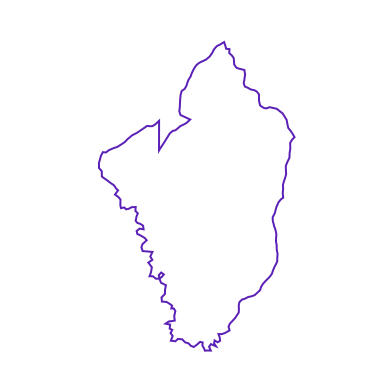 Guatapará, São Paulo, Brazil, rotated 11°
{"feature_id": "56859067B57528350924553", "entity_name": "Guatapará", "entity_type": "district", "adm_level": 2, "iso_a3": "BRA", "parent_name": "Brazil", "parent_adm1": "São Paulo", "projection": "natural_earth1", "projection_center": [-47.986, -21.451], "detail": "fine", "context": "isolated", "style": "outline", "palette": "violet", "viewbox_px": 384, "rotation_deg": 11, "n_neighbors": 0, "source": "geoboundaries", "source_scale": "gbopen_adm2", "svg_char_len": 3089}
<svg xmlns="http://www.w3.org/2000/svg" viewBox="0 0 384 384"><g transform="rotate(11 192 192)"><path d="M272.8,107.4L271.1,103.1L268.6,100.4L265.9,97.5L262.8,96.0L259.4,94.2L254.9,94.0L251.8,94.0L249.0,95.8L246.4,95.8L242.4,94.1L240.4,89.8L239.1,83.4L236.5,81.1L234.0,80.2L230.0,80.1L226.8,79.0L223.8,78.4L222.0,75.4L222.0,71.9L221.7,66.4L220.1,62.2L214.9,62.0L211.9,61.5L209.1,58.8L208.2,55.3L207.3,52.4L205.0,50.3L202.1,48.6L201.5,44.6L198.2,44.9L196.8,42.0L194.9,38.7L191.3,42.0L188.5,44.1L186.4,47.7L185.4,51.4L183.5,55.6L180.5,59.4L176.4,62.3L173.9,64.4L171.9,67.0L170.3,70.9L169.0,75.8L168.6,78.8L167.0,83.0L166.2,89.1L165.1,92.2L162.6,94.8L162.3,98.6L162.7,103.3L163.4,108.1L163.9,111.3L164.1,115.1L166.0,118.6L176.4,121.2L173.4,125.3L171.3,127.1L168.0,129.5L166.0,132.1L163.9,134.6L161.4,135.7L159.0,138.8L156.1,146.4L154.5,150.5L152.7,154.7L151.7,157.5L146.1,128.4L142.9,132.8L140.4,135.0L137.9,135.5L135.3,135.7L132.0,139.1L126.6,144.5L122.4,147.8L118.6,152.5L116.5,155.8L113.2,159.1L110.2,161.9L106.2,164.2L102.4,166.8L100.0,169.6L96.9,169.9L95.7,173.8L95.5,177.3L95.1,181.1L96.1,186.1L99.5,188.9L100.6,194.1L106.8,196.9L110.2,198.6L114.1,200.3L116.7,202.9L119.1,204.5L116.9,209.2L120.7,211.0L123.2,213.0L124.2,218.7L125.4,221.4L128.5,220.1L130.6,221.6L133.0,220.6L135.7,218.4L139.6,217.5L140.0,221.3L142.9,223.3L142.2,226.6L142.2,231.1L144.5,232.9L147.2,233.1L150.4,234.4L151.6,237.9L147.7,237.9L145.1,240.8L146.3,243.6L150.5,244.7L154.5,246.2L156.7,248.0L155.1,250.3L153.3,252.7L152.9,255.9L154.8,259.4L158.5,259.0L164.6,258.4L163.4,263.4L166.0,266.2L162.6,269.6L166.9,273.5L167.1,278.7L166.4,282.8L169.7,282.2L173.1,284.0L176.6,283.3L178.9,287.0L184.2,288.5L184.2,293.1L184.9,297.2L182.2,301.3L183.4,305.3L188.0,304.8L191.1,305.9L194.2,307.4L193.9,310.3L196.4,309.8L198.4,312.1L198.2,317.1L199.6,321.5L196.8,322.6L194.0,323.5L191.2,326.3L195.8,326.3L196.2,330.4L198.9,331.1L197.9,334.6L200.5,337.0L199.6,342.0L204.2,341.7L206.2,338.9L210.6,338.5L213.9,340.9L217.4,341.2L220.2,343.2L223.3,343.8L226.1,340.8L228.5,337.6L231.2,337.7L231.5,340.7L233.4,342.9L235.0,345.3L237.5,344.6L240.7,344.1L238.3,340.6L239.6,337.7L245.0,338.9L242.6,336.5L242.5,333.4L245.9,334.6L248.0,332.7L246.9,329.4L245.1,326.4L248.5,325.8L251.4,324.0L255.3,320.7L253.6,317.3L254.4,313.8L256.3,310.9L258.5,307.2L260.9,301.3L260.3,297.5L259.5,294.5L259.6,290.9L261.7,288.0L264.4,286.6L267.1,284.4L270.2,283.1L273.2,281.3L275.8,277.8L277.6,275.3L277.9,272.2L279.2,268.6L281.0,265.6L284.6,260.2L286.0,257.1L286.5,253.5L287.2,250.0L288.1,247.1L288.9,243.9L288.3,240.5L287.8,236.4L286.2,232.5L285.1,227.5L283.9,224.7L283.3,221.0L282.9,217.4L281.3,213.5L279.1,209.7L276.8,204.8L276.0,201.4L277.3,197.0L277.7,190.7L279.0,185.3L280.7,182.2L282.6,180.2L281.3,175.9L280.8,171.2L279.9,167.7L280.2,163.8L280.7,160.6L281.0,156.7L280.1,153.0L279.1,148.6L279.8,144.7L281.1,139.9L280.4,135.1L280.2,130.5L279.0,125.1L280.3,121.5L282.2,118.6L279.2,115.2L276.5,112.6L274.3,110.8L272.8,107.4ZM176.6,283.3L175.3,279.9L177.1,276.9L180.1,278.3L178.6,281.0L176.6,283.3Z" fill="none" stroke="#5b21b6" stroke-width="2"/></g></svg>